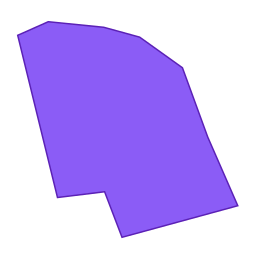 the district of Gulistan city, Sirdaryo, Uzbekistan, rotated 358°
{"feature_id": "79887680B26381938594852", "entity_name": "Gulistan city", "entity_type": "district", "adm_level": 2, "iso_a3": "UZB", "parent_name": "Uzbekistan", "parent_adm1": "Sirdaryo", "projection": "albers", "projection_center": [68.761, 40.473], "detail": "fine", "context": "isolated", "style": "filled", "palette": "violet", "viewbox_px": 256, "rotation_deg": 358, "n_neighbors": 0, "source": "geoboundaries", "source_scale": "gbopen_adm2", "svg_char_len": 293}
<svg xmlns="http://www.w3.org/2000/svg" viewBox="0 0 256 256"><g transform="rotate(358 128 128)"><path d="M21.0,31.5L55.1,195.0L102.4,190.9L118.2,237.0L235.0,209.5L207.4,139.9L184.5,69.7L142.8,37.6L107.3,26.5L52.0,19.0L21.0,31.5Z" fill="#8b5cf6" stroke="#5b21b6" stroke-width="1.5"/></g></svg>